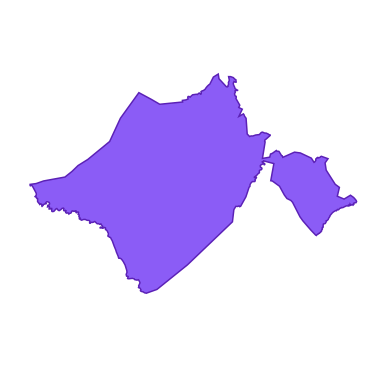 San Pedro Pochutla, Oaxaca, Mexico, rotated 52°
{"feature_id": "50627088B77696414551918", "entity_name": "San Pedro Pochutla", "entity_type": "district", "adm_level": 2, "iso_a3": "MEX", "parent_name": "Mexico", "parent_adm1": "Oaxaca", "projection": "natural_earth1", "projection_center": [-96.39, 15.79], "detail": "fine", "context": "isolated", "style": "filled", "palette": "violet", "viewbox_px": 384, "rotation_deg": 52, "n_neighbors": 0, "source": "geoboundaries", "source_scale": "gbopen_adm2", "svg_char_len": 6030}
<svg xmlns="http://www.w3.org/2000/svg" viewBox="0 0 384 384"><g transform="rotate(52 192 192)"><path d="M86.3,314.9L87.3,315.6L87.7,315.4L87.5,314.4L88.1,314.2L89.5,314.2L96.0,315.3L97.2,315.6L98.1,316.2L98.7,316.9L99.0,318.5L99.4,318.4L99.8,317.8L100.9,318.2L101.3,318.2L101.8,317.8L102.3,317.8L102.6,318.3L103.2,318.4L104.0,319.3L104.6,319.6L106.8,319.6L107.1,319.2L107.4,319.1L107.8,319.6L108.1,319.7L108.4,318.4L109.3,318.0L110.6,319.0L111.0,319.0L110.8,317.3L110.4,316.8L110.9,315.2L110.8,314.9L111.4,314.4L111.4,314.0L110.5,313.9L110.3,313.2L110.3,312.4L110.7,311.9L112.2,311.0L112.9,311.1L113.3,311.5L113.7,311.5L114.2,312.4L113.7,313.9L114.8,315.0L115.3,313.6L115.7,313.4L116.2,313.7L117.3,315.1L117.6,314.9L117.6,313.8L118.5,313.7L118.4,312.9L118.6,312.7L120.7,314.3L121.3,314.2L121.7,313.8L122.2,312.8L121.6,309.4L121.8,308.7L123.7,308.7L124.7,308.3L125.0,307.9L125.1,306.2L124.9,304.4L125.6,303.2L126.0,303.1L126.4,303.4L126.8,304.0L127.7,304.5L128.4,304.0L128.6,303.0L129.3,302.8L129.9,303.9L130.5,304.2L131.6,303.7L131.7,303.1L132.2,302.5L133.6,302.6L133.5,301.4L133.9,300.9L134.0,299.9L133.7,299.4L133.3,299.1L133.1,298.4L133.3,297.8L134.1,297.5L134.2,296.9L134.8,296.6L135.0,296.3L134.9,295.6L135.6,295.0L136.0,295.2L136.4,295.9L137.1,295.9L137.2,294.8L137.7,294.0L138.1,293.9L138.6,294.3L139.4,295.5L139.9,295.4L140.1,295.1L140.5,295.1L140.9,295.2L141.8,296.3L143.0,296.2L143.0,296.6L143.6,297.2L143.9,297.3L144.3,297.0L144.2,296.5L144.5,296.4L144.9,296.9L145.5,296.7L146.3,296.3L146.8,294.5L147.8,293.1L149.7,292.1L150.8,290.9L151.5,290.4L152.8,290.9L153.2,291.7L153.5,291.8L154.0,291.3L153.8,290.2L154.2,289.6L154.6,289.3L155.2,288.0L155.2,287.1L155.5,286.7L158.5,286.3L158.9,286.0L159.3,285.2L160.4,284.8L160.8,284.5L160.9,283.6L161.1,283.4L161.9,283.6L164.2,283.5L164.4,283.7L164.2,285.0L163.4,285.7L163.5,286.4L163.8,286.5L164.4,285.7L164.5,285.2L165.3,285.0L165.6,284.6L166.1,283.3L166.1,282.8L166.6,282.4L167.1,282.3L168.4,283.3L169.2,282.9L170.1,282.8L171.1,282.9L172.0,283.2L172.9,283.3L173.8,283.9L174.8,285.3L175.3,285.4L175.7,285.0L176.8,284.9L177.2,284.5L178.3,284.3L179.3,284.6L181.4,284.9L186.9,286.7L190.5,287.7L192.9,288.6L197.0,289.7L199.0,290.5L199.4,290.2L199.5,289.9L200.4,289.2L201.6,288.9L204.4,289.0L208.4,289.7L213.4,291.6L215.2,292.6L216.4,294.6L217.8,295.3L218.2,295.3L218.6,294.7L219.0,294.4L219.5,294.4L220.3,295.9L220.8,295.9L221.5,295.2L223.3,292.2L224.9,291.0L225.6,291.1L226.2,290.9L226.5,290.4L227.5,289.7L227.9,289.0L228.0,288.4L228.6,288.2L231.2,288.7L231.8,289.3L233.1,291.8L234.1,292.2L234.2,292.9L234.4,293.0L234.8,292.8L235.2,292.3L236.3,292.2L237.5,292.4L238.0,293.4L238.6,293.4L239.8,292.7L240.7,291.9L242.2,291.5L243.3,290.5L243.6,290.4L247.2,279.6L246.6,240.5L240.4,178.5L231.7,169.9L230.3,166.3L231.5,164.9L231.9,163.5L232.9,163.5L233.2,162.5L229.0,152.5L223.4,144.1L223.3,143.0L221.9,141.7L221.6,141.1L221.1,139.6L221.0,138.0L222.1,136.6L222.4,136.0L222.0,135.2L221.1,134.8L220.4,132.4L219.8,132.3L219.2,133.7L219.0,133.9L218.6,133.6L218.7,130.8L218.2,128.0L218.4,127.3L217.9,126.6L216.8,126.0L216.6,125.4L216.7,124.4L217.1,123.8L217.0,123.2L216.8,122.6L215.9,122.2L214.5,122.7L213.3,122.0L213.1,120.8L213.6,118.5L213.8,118.2L215.0,118.3L215.1,117.8L214.9,117.5L214.3,117.3L211.7,118.2L211.4,118.0L211.8,116.7L211.6,116.4L220.0,110.0L231.6,123.0L232.9,121.9L241.3,119.5L251.3,121.1L255.6,121.2L259.5,119.3L262.0,119.1L278.1,122.2L283.0,122.4L295.1,121.8L302.1,121.1L302.8,120.8L302.6,120.3L302.8,118.9L302.6,118.6L302.8,118.2L302.7,117.4L303.0,117.0L302.8,116.1L302.9,115.4L302.7,115.3L302.5,114.6L302.6,114.1L302.2,113.8L301.9,113.1L301.5,112.7L301.6,112.3L300.4,111.4L300.6,110.7L300.1,110.6L299.9,109.8L299.0,109.2L298.1,108.1L298.8,106.7L298.8,106.2L298.3,105.0L297.7,104.1L297.3,103.9L297.7,103.0L297.5,101.5L296.8,100.4L296.1,98.3L295.6,97.9L294.8,94.1L294.8,92.3L295.1,90.2L295.7,89.8L295.3,88.2L296.0,87.9L296.2,87.2L295.9,85.8L296.3,84.5L296.2,84.0L296.5,83.9L296.6,83.5L297.1,82.9L297.4,81.9L297.5,80.5L297.7,80.3L297.9,78.9L298.6,78.3L299.0,77.4L298.7,76.9L299.0,76.7L298.9,76.0L299.2,75.5L299.3,74.9L299.1,74.8L299.6,74.7L299.8,75.3L299.7,76.0L299.8,76.2L300.6,73.7L301.0,73.2L301.5,73.2L301.3,72.0L300.7,72.0L300.4,71.7L300.5,71.2L300.7,70.8L300.8,70.1L301.4,69.4L300.9,68.2L300.0,67.9L298.7,67.8L295.8,68.0L292.1,69.1L291.2,76.5L284.8,80.1L279.1,73.0L274.1,74.4L257.4,72.8L251.0,69.2L249.5,64.3L243.5,68.1L243.3,68.9L243.5,69.7L243.4,70.2L242.8,71.7L242.3,71.5L242.1,71.7L242.0,72.6L242.2,73.4L242.1,73.8L242.3,74.2L243.4,75.1L243.9,76.9L243.8,77.6L238.8,77.1L227.9,82.6L223.7,86.7L220.6,99.1L219.0,98.6L218.4,99.0L213.9,98.5L213.5,98.5L212.0,100.0L211.2,100.0L211.0,104.6L210.8,105.6L210.4,106.7L212.4,109.3L208.9,115.8L197.5,103.5L196.7,103.5L195.9,102.5L196.0,102.2L195.6,95.6L195.1,95.3L194.3,96.0L193.5,96.1L191.6,97.1L191.1,97.4L190.7,98.0L189.9,98.7L188.3,99.5L187.8,100.5L187.8,101.3L188.2,103.6L186.3,106.7L185.3,109.6L184.1,111.1L183.8,112.4L180.3,112.8L167.2,104.0L164.4,103.9L163.6,103.5L162.1,103.4L161.3,108.5L157.7,101.4L154.2,103.1L153.0,100.9L145.3,99.8L144.9,99.1L144.0,98.4L143.8,98.3L143.4,98.7L143.2,98.8L141.6,98.5L141.1,98.0L140.6,97.8L140.1,96.5L138.8,95.9L138.9,95.2L140.0,93.6L139.9,93.4L137.3,94.4L136.8,94.4L136.1,94.0L133.2,93.3L132.1,92.8L131.6,92.4L130.8,90.8L131.9,90.4L132.6,89.7L132.4,89.4L130.5,88.3L129.4,88.8L127.3,89.0L124.9,90.5L123.6,92.1L126.9,93.8L128.2,96.0L129.6,96.8L130.3,98.2L130.7,98.3L131.0,98.6L130.9,99.5L130.2,100.1L119.4,101.0L115.2,98.7L114.6,104.4L118.1,111.8L118.0,111.7L117.9,112.8L118.1,114.8L118.5,116.7L119.1,118.4L119.1,119.5L119.0,120.6L118.5,122.0L118.4,123.0L118.5,123.2L119.4,123.5L120.0,124.0L120.4,124.8L120.3,125.0L119.3,125.1L118.4,125.4L118.4,127.9L117.7,128.3L115.8,131.6L115.8,133.1L116.1,135.0L114.8,135.6L114.4,136.2L114.6,136.9L116.3,137.9L115.6,140.2L113.9,143.2L115.3,144.0L103.0,163.4L94.0,167.0L81.0,172.7L89.8,203.0L101.5,225.8L102.2,254.1L101.0,265.5L101.9,273.9L102.0,282.9L91.9,302.2L89.4,309.6L86.3,314.9Z" fill="#8b5cf6" stroke="#5b21b6" stroke-width="1.5"/></g></svg>